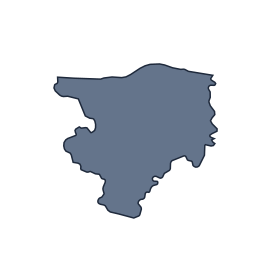 SVG path tracing the border of Barcelona, rotated 205°
{"feature_id": "ESP-5809", "entity_name": "Barcelona", "entity_type": "Autonomous Community", "adm_level": 1, "iso_a3": "ESP", "parent_name": "Spain", "parent_adm1": "", "projection": "robinson", "projection_center": [1.935, 41.755], "detail": "fine", "context": "isolated", "style": "filled", "palette": "slate", "viewbox_px": 256, "rotation_deg": 205, "n_neighbors": 0, "source": "natural_earth", "source_scale": "10m", "svg_char_len": 2376}
<svg xmlns="http://www.w3.org/2000/svg" viewBox="0 0 256 256"><g transform="rotate(205 128 128)"><path d="M213.3,144.3L198.0,150.3L173.5,160.7L171.0,163.1L164.0,167.5L155.0,171.0L151.4,173.5L148.2,177.6L142.3,187.2L138.8,191.6L134.9,195.0L126.4,199.4L121.4,200.6L113.1,201.4L105.0,203.4L102.5,204.8L101.3,205.1L97.2,204.9L73.4,211.6L73.9,207.8L73.4,207.0L72.6,206.6L68.6,206.1L67.3,205.3L67.4,203.7L67.9,203.1L71.2,201.7L72.0,200.8L72.4,199.7L72.2,198.3L71.5,197.3L68.8,195.4L66.4,190.5L66.1,186.9L65.6,185.7L62.8,182.9L56.6,179.6L55.0,176.8L56.1,172.7L56.3,169.4L53.4,167.3L46.9,164.9L46.0,162.7L49.7,158.1L50.8,156.0L50.1,154.9L48.6,154.6L45.4,154.8L47.2,152.5L45.0,151.0L42.7,150.6L43.2,148.2L45.1,146.8L50.8,145.6L51.0,144.6L47.2,135.6L47.5,124.0L47.9,123.0L48.9,121.8L50.3,121.1L51.8,121.1L53.2,121.5L55.4,124.3L56.3,124.8L59.8,124.1L60.8,124.3L63.7,126.7L64.9,126.7L65.8,126.1L74.3,117.0L74.7,115.6L74.6,114.1L72.4,108.9L72.5,107.2L75.9,102.2L75.9,98.4L76.2,97.4L77.1,96.4L78.2,96.1L82.0,96.1L83.3,95.6L84.2,94.6L84.6,93.5L84.5,92.3L83.6,91.2L82.8,90.8L82.0,90.8L79.0,92.0L78.4,91.8L77.9,91.1L77.6,89.9L78.0,88.9L80.6,86.7L81.4,85.5L81.8,84.0L81.9,82.5L81.5,79.9L81.6,79.1L82.0,78.5L83.6,78.0L84.3,77.4L84.7,76.1L83.6,72.3L83.6,71.7L83.7,71.1L84.3,70.0L84.7,69.6L86.1,68.8L86.8,67.9L87.3,66.7L87.4,65.4L87.1,64.1L86.6,63.6L82.9,61.8L82.2,61.1L81.6,60.1L80.7,54.7L80.7,53.7L81.1,52.8L84.7,48.9L100.0,46.2L108.6,44.4L111.5,45.0L115.7,47.9L117.5,48.0L120.9,47.2L122.6,47.3L123.3,47.6L123.9,48.1L124.3,48.8L124.6,49.7L124.6,51.2L124.2,52.4L122.5,54.4L121.9,57.9L122.0,58.5L124.5,61.4L125.1,62.5L125.5,64.2L125.7,69.0L126.1,70.4L126.9,71.3L127.9,71.5L130.0,71.1L130.8,71.3L134.0,73.7L134.6,73.9L138.2,72.7L143.7,72.7L144.2,72.4L145.6,71.1L146.9,70.6L152.8,70.4L153.6,71.1L154.5,73.3L156.2,74.9L158.5,75.0L163.2,73.7L168.0,79.6L169.7,80.8L174.5,80.8L176.8,82.2L178.7,84.7L179.8,87.8L179.4,90.9L178.2,93.0L172.2,99.2L172.1,100.1L172.7,100.9L173.7,101.7L175.0,103.4L174.9,104.9L172.6,108.4L170.3,108.1L166.6,110.4L165.3,110.8L159.8,108.1L159.1,108.5L158.3,109.6L157.2,111.7L157.5,114.5L158.9,117.6L160.9,120.2L162.9,121.6L163.9,121.6L166.8,120.7L171.8,120.9L185.3,133.4L196.1,131.3L199.9,129.2L201.8,128.8L203.9,129.0L209.6,130.9L212.0,133.0L212.7,136.1L212.4,136.9L211.3,138.1L211.0,138.8L211.1,140.1L213.3,144.3Z" fill="#64748b" stroke="#1e293b" stroke-width="1.5"/></g></svg>